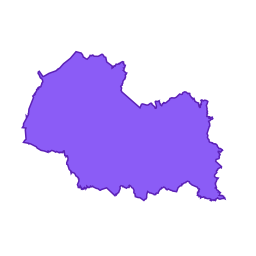 outline of Quitupan, Jalisco, Mexico, rotated 277°
{"feature_id": "50627088B17402794526783", "entity_name": "Quitupan", "entity_type": "district", "adm_level": 2, "iso_a3": "MEX", "parent_name": "Mexico", "parent_adm1": "Jalisco", "projection": "orthographic", "projection_center": [-102.887, 19.794], "detail": "fine", "context": "isolated", "style": "filled", "palette": "violet", "viewbox_px": 256, "rotation_deg": 277, "n_neighbors": 0, "source": "geoboundaries", "source_scale": "gbopen_adm2", "svg_char_len": 5786}
<svg xmlns="http://www.w3.org/2000/svg" viewBox="0 0 256 256"><g transform="rotate(277 128 128)"><path d="M164.1,204.0L164.8,202.6L165.0,200.8L164.1,199.3L164.9,197.9L164.3,197.0L163.7,197.5L162.5,197.8L160.9,197.4L160.3,197.9L159.9,197.7L159.9,196.9L157.4,197.3L157.1,196.9L157.7,196.1L159.9,195.2L161.4,195.0L161.9,192.5L162.5,191.9L162.6,191.2L165.3,190.0L164.4,189.1L165.7,188.5L165.6,187.7L168.2,185.4L169.8,185.1L169.9,184.1L169.3,183.4L170.7,181.3L170.8,179.9L169.8,178.2L168.0,177.6L167.8,176.8L168.0,175.1L164.4,172.2L163.4,170.4L163.3,167.7L162.4,166.0L161.1,165.8L157.5,162.4L157.2,161.6L157.5,161.2L157.3,161.0L157.5,160.3L156.7,160.1L156.4,159.3L154.3,158.7L155.0,157.3L156.0,157.1L157.1,156.1L158.0,156.0L158.3,155.3L158.7,155.4L157.9,154.0L158.0,152.3L157.3,151.8L153.4,153.5L151.3,153.6L150.9,152.9L151.1,152.4L152.2,152.0L154.4,148.8L155.1,148.7L155.5,148.0L155.2,147.2L153.4,145.3L153.0,144.0L153.7,139.6L153.2,138.5L149.5,137.4L163.2,117.3L164.0,117.0L164.3,116.5L167.0,116.8L168.3,115.7L169.0,116.0L170.0,117.1L171.0,116.7L171.6,117.3L173.9,117.3L176.2,118.6L176.5,119.1L177.1,118.8L177.9,119.3L179.2,119.2L180.4,118.8L181.3,119.7L182.4,120.0L182.4,119.2L184.5,116.5L184.6,116.9L185.6,116.9L186.6,116.8L187.0,116.4L187.3,117.2L189.9,117.7L190.2,116.4L191.7,115.9L191.7,115.4L193.0,115.5L193.2,114.4L192.0,112.7L190.7,111.8L191.1,111.3L190.0,110.3L189.9,108.4L188.1,107.8L187.8,107.5L188.2,107.2L187.5,106.0L186.4,106.0L185.5,104.9L187.6,104.7L191.0,98.8L195.4,97.3L195.8,95.5L196.4,95.3L197.9,93.9L198.0,93.1L195.5,89.7L195.1,85.6L196.1,84.3L196.0,83.6L195.4,83.4L195.2,82.9L195.5,81.6L194.0,81.1L191.3,79.1L191.6,77.8L192.9,75.5L192.8,75.1L195.0,74.0L196.7,72.4L197.4,67.1L190.1,62.3L183.9,56.2L179.4,53.1L177.7,51.3L177.9,51.2L176.0,49.6L172.6,42.9L169.2,38.5L168.7,37.3L173.5,33.0L172.6,32.1L171.0,32.2L170.5,33.0L167.3,34.8L167.2,35.3L166.7,35.5L166.6,36.1L165.3,37.3L163.3,37.8L162.0,37.0L160.5,37.0L159.9,36.6L158.4,36.5L158.1,36.2L158.0,35.0L157.0,33.8L156.4,33.6L156.7,34.5L155.9,34.4L155.7,33.3L155.0,32.7L154.6,33.0L151.6,31.9L151.7,31.7L150.0,30.8L149.7,31.5L148.1,29.6L146.7,30.5L134.7,27.4L130.4,27.5L129.9,27.2L129.4,27.6L126.7,26.6L127.6,25.6L125.4,26.1L119.6,23.8L117.3,24.0L115.5,23.1L115.5,26.7L113.6,26.3L104.4,28.2L103.1,27.0L101.0,26.0L100.7,31.3L100.1,31.6L100.5,32.4L100.4,33.2L98.2,39.3L97.0,40.3L95.2,44.4L95.0,47.7L94.1,51.6L95.3,51.6L94.8,53.1L96.4,54.9L96.3,56.4L95.2,59.3L96.0,60.1L95.0,62.8L95.8,63.5L95.3,64.5L96.0,65.3L95.6,66.2L97.3,66.7L97.5,67.4L92.9,68.7L92.9,69.6L91.8,70.0L92.9,70.9L92.9,71.3L90.5,72.2L88.4,72.2L88.4,71.9L86.2,71.4L84.6,71.6L84.2,72.6L79.7,74.7L78.1,76.9L77.6,76.6L76.0,77.1L76.5,77.3L77.2,78.5L76.7,80.1L75.7,81.2L74.1,82.1L73.8,83.1L73.0,83.9L73.0,84.3L72.0,85.2L71.5,84.9L71.1,85.5L69.1,85.7L65.6,84.7L63.2,86.0L62.9,85.3L62.9,88.1L63.4,87.4L64.6,87.6L62.8,89.0L61.6,89.3L62.4,90.7L61.2,90.2L62.1,91.3L63.4,91.9L62.5,92.7L63.4,92.7L62.9,93.7L63.2,93.7L63.9,94.8L65.2,94.4L64.0,96.5L64.6,97.4L66.4,98.0L65.5,98.1L65.1,98.6L65.3,99.4L65.9,100.1L65.4,100.5L64.2,103.9L64.1,105.6L62.9,107.5L62.9,108.3L63.7,109.1L66.0,114.1L59.2,123.3L60.8,124.1L60.2,124.6L62.0,125.5L62.7,126.5L66.9,127.6L68.7,127.2L69.9,128.1L69.7,129.6L69.1,130.0L69.5,130.6L68.6,131.6L68.6,132.5L68.0,133.7L69.0,134.7L69.1,136.3L70.2,136.4L70.8,136.0L71.3,136.3L70.9,137.5L69.2,139.2L68.8,140.4L66.8,141.6L64.9,141.6L64.2,141.9L63.4,143.1L62.3,143.1L61.7,143.7L60.8,143.6L60.2,146.4L60.3,148.4L58.0,152.6L59.4,153.6L59.8,154.5L61.1,155.0L64.5,154.7L67.4,155.3L66.1,157.7L66.3,158.4L65.5,161.6L65.0,162.1L65.2,163.3L65.4,163.7L66.1,163.5L66.8,164.1L67.0,165.8L68.2,166.0L71.1,167.3L71.4,168.2L72.5,168.5L72.3,168.7L72.9,169.8L73.7,170.5L73.5,171.7L72.4,172.7L72.4,173.1L71.7,173.5L71.4,174.4L72.4,175.4L71.4,178.0L71.3,179.3L70.9,179.9L70.7,184.0L74.9,185.0L76.8,186.7L77.3,188.2L78.7,188.1L78.6,189.0L79.3,189.3L80.3,190.5L80.9,192.1L81.4,192.1L82.4,193.5L82.1,195.4L81.1,195.7L79.3,198.4L77.7,204.0L76.2,205.1L76.3,206.0L75.9,206.4L74.5,205.7L74.0,206.1L73.4,206.1L73.3,205.5L72.6,205.4L72.6,204.9L71.5,204.9L70.7,205.3L69.7,205.0L69.4,205.9L69.6,206.4L68.4,207.0L69.2,207.9L69.1,208.3L68.7,208.7L67.5,208.7L68.2,209.5L68.4,210.9L68.9,211.3L68.5,213.0L67.7,213.1L68.0,213.9L67.5,215.2L67.9,217.9L67.2,218.5L67.3,219.1L66.4,219.7L66.1,219.2L66.0,219.8L66.7,220.3L67.1,221.3L66.6,222.1L67.4,223.0L66.9,223.1L66.6,223.5L67.2,223.9L68.0,223.9L69.6,225.5L68.8,226.5L68.5,227.9L69.5,230.2L69.5,230.9L69.9,231.7L69.5,232.9L70.6,232.4L70.4,231.7L71.9,231.2L72.0,230.5L72.6,229.4L72.2,229.0L72.3,226.9L72.7,227.3L74.3,226.8L75.0,227.6L76.0,226.2L75.7,225.6L76.1,225.7L76.9,225.1L77.5,223.6L78.9,222.9L79.1,221.9L79.5,222.0L79.8,223.0L82.8,221.6L83.3,221.8L83.9,221.3L85.5,222.1L88.4,222.7L88.5,223.3L89.3,223.7L89.4,221.4L89.9,220.5L90.4,219.8L92.1,219.7L94.7,221.6L95.7,221.0L96.7,221.2L97.0,221.9L98.3,222.2L99.4,223.5L100.2,224.7L99.9,225.5L101.1,225.5L105.6,219.1L107.5,219.3L108.7,222.0L109.7,222.3L110.8,221.9L111.8,222.2L112.6,222.1L112.7,222.6L113.1,222.6L114.1,221.4L114.6,221.3L115.2,220.4L115.9,220.5L115.9,221.6L115.3,223.0L116.7,223.7L117.3,224.6L117.9,224.2L117.9,223.5L118.3,223.4L118.9,222.2L118.7,220.7L119.5,220.3L120.5,219.0L121.6,218.7L122.6,217.6L122.6,216.6L122.9,216.5L122.8,214.9L123.1,213.8L123.4,213.9L123.6,213.5L123.9,210.8L124.3,210.3L126.4,209.7L126.7,209.0L128.3,208.0L130.4,208.2L132.0,207.1L139.5,208.5L139.8,208.9L140.2,208.9L142.6,208.4L144.5,207.2L145.2,208.4L146.5,209.2L146.9,210.4L147.6,211.0L148.0,210.6L149.0,210.4L148.5,208.8L147.6,208.3L147.5,207.8L147.7,207.0L149.1,207.4L149.0,204.9L149.3,204.7L150.4,204.9L151.3,204.6L151.9,205.2L153.3,204.4L153.7,204.9L154.4,204.8L155.1,204.3L156.2,204.0L156.7,204.2L160.1,203.0L161.7,203.6L164.1,204.0Z" fill="#8b5cf6" stroke="#5b21b6" stroke-width="1.5"/></g></svg>